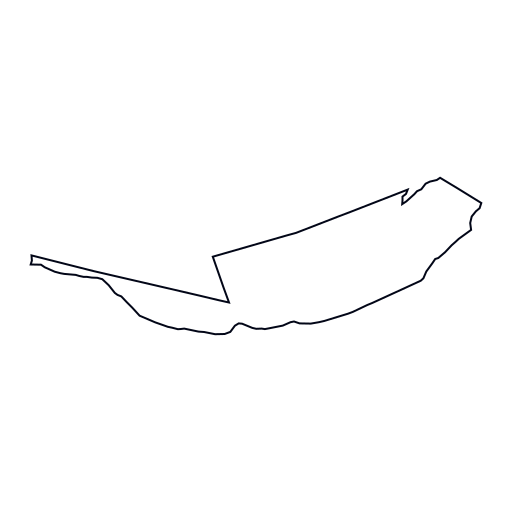 outline of Poço das Trincheiras, Alagoas, Brazil
{"feature_id": "56859067B60110343798371", "entity_name": "Poço das Trincheiras", "entity_type": "district", "adm_level": 2, "iso_a3": "BRA", "parent_name": "Brazil", "parent_adm1": "Alagoas", "projection": "albers", "projection_center": [-37.358, -9.289], "detail": "fine", "context": "isolated", "style": "outline", "palette": "ink", "viewbox_px": 512, "rotation_deg": 0, "n_neighbors": 0, "source": "geoboundaries", "source_scale": "gbopen_adm2", "svg_char_len": 1300}
<svg xmlns="http://www.w3.org/2000/svg" viewBox="0 0 512 512"><path d="M440.1,177.8L436.8,180.0L429.9,181.6L425.6,183.7L421.3,189.3L417.0,191.2L414.4,194.1L406.3,201.4L402.2,204.1L402.5,200.6L402.5,196.6L406.0,193.9L407.7,189.6L350.7,211.8L337.8,216.7L296.0,232.9L287.2,235.3L249.7,246.1L212.8,256.7L214.5,261.6L223.6,287.7L225.8,293.7L229.0,302.5L218.7,300.2L199.8,295.7L152.9,284.8L93.6,271.1L31.5,255.4L31.9,260.6L30.7,264.5L41.0,264.7L44.8,267.3L54.7,271.7L60.4,273.2L64.2,273.9L75.8,274.9L79.0,275.9L83.7,276.9L87.1,276.9L91.9,277.6L97.3,277.8L102.3,279.2L108.7,285.2L114.8,292.9L117.5,294.9L121.3,296.4L126.7,302.1L132.2,307.6L139.6,315.7L155.3,322.4L163.6,325.3L167.8,326.8L172.1,327.7L177.9,329.2L180.9,329.0L184.2,328.6L198.5,331.6L204.1,332.0L215.1,334.2L224.7,334.0L230.3,331.9L234.9,325.7L238.7,323.4L242.1,323.7L252.3,327.9L256.2,328.8L261.7,328.6L264.9,329.1L269.6,328.2L282.8,325.6L290.5,322.2L294.0,321.5L299.6,323.4L310.8,323.6L318.9,322.2L324.1,321.0L348.0,313.7L352.8,311.9L367.3,305.0L372.2,303.0L405.6,287.7L420.8,280.7L423.4,278.3L426.3,271.5L432.3,263.3L435.2,259.0L438.3,258.0L445.1,252.2L451.7,245.2L455.7,241.7L458.8,238.8L471.1,229.9L470.2,223.0L471.7,216.5L475.9,211.3L479.6,208.2L481.3,203.0L457.5,188.3L440.1,177.8Z" fill="none" stroke="#020617" stroke-width="2"/></svg>